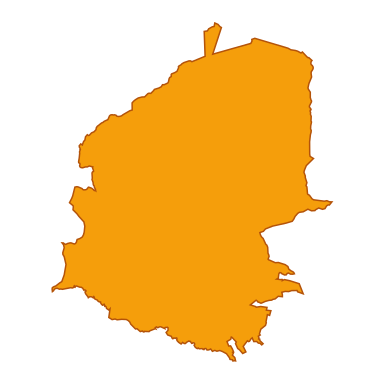 outline of Acajete, Veracruz, Mexico
{"feature_id": "50627088B80053246551902", "entity_name": "Acajete", "entity_type": "district", "adm_level": 2, "iso_a3": "MEX", "parent_name": "Mexico", "parent_adm1": "Veracruz", "projection": "robinson", "projection_center": [-97.045, 19.566], "detail": "fine", "context": "isolated", "style": "filled", "palette": "amber", "viewbox_px": 384, "rotation_deg": 0, "n_neighbors": 0, "source": "geoboundaries", "source_scale": "gbopen_adm2", "svg_char_len": 5898}
<svg xmlns="http://www.w3.org/2000/svg" viewBox="0 0 384 384"><path d="M297.7,51.2L295.4,50.5L290.9,49.8L288.0,48.2L254.8,38.3L251.8,39.4L252.0,41.1L250.8,43.4L212.7,54.2L221.4,27.5L220.0,26.7L218.0,24.4L214.8,23.0L214.1,26.5L212.3,26.8L208.7,28.8L207.4,30.9L204.2,31.4L205.1,56.3L191.9,61.7L190.6,60.9L188.9,60.9L183.9,62.6L181.9,63.8L181.0,64.8L178.9,66.0L178.4,66.7L178.6,67.7L177.0,71.3L174.8,72.6L171.6,73.9L171.2,74.5L171.2,76.6L169.7,77.5L169.1,78.7L168.4,82.0L167.8,83.0L164.2,84.7L162.5,84.7L161.3,86.7L158.9,88.0L154.4,89.4L153.6,90.6L150.8,93.4L149.0,93.2L147.9,93.6L144.6,96.9L141.9,97.0L138.2,98.0L135.3,99.8L133.6,101.2L132.1,102.9L132.2,110.0L129.9,110.7L123.0,114.7L121.6,115.8L120.0,116.3L118.5,116.5L116.8,116.2L116.0,115.2L114.4,114.8L113.2,115.0L112.1,114.7L110.5,115.0L109.5,115.9L107.9,119.6L104.2,121.3L103.1,122.3L101.5,123.0L97.2,126.4L96.3,127.8L96.0,129.7L94.0,131.8L91.5,132.9L89.3,135.3L88.4,135.5L87.3,134.7L85.5,136.8L84.9,140.0L83.6,141.5L82.3,145.0L80.8,143.9L79.2,145.8L79.4,147.3L79.8,147.8L80.2,148.8L80.0,149.5L80.3,149.6L79.5,151.9L79.7,153.1L79.2,158.1L78.6,161.6L78.7,162.7L79.8,163.4L80.0,164.3L79.6,165.8L80.0,166.9L81.0,167.6L82.7,167.8L85.5,166.9L87.4,166.9L89.2,166.0L92.8,166.9L92.5,167.7L93.5,170.6L93.5,171.5L92.5,171.9L92.0,173.0L92.3,178.2L92.0,179.5L93.1,182.5L93.2,184.1L93.6,185.4L94.1,185.8L94.5,187.6L95.4,189.1L95.7,190.8L95.0,190.3L94.6,190.6L94.0,190.4L93.8,189.9L91.6,188.2L89.1,187.3L88.4,187.2L86.8,189.2L85.9,189.7L83.9,189.9L82.8,189.5L82.1,188.6L78.4,187.0L76.9,186.7L74.9,187.1L72.7,195.9L71.7,198.4L69.5,202.7L73.1,205.7L73.3,206.9L73.0,209.8L76.9,213.7L79.0,216.5L83.9,221.9L84.8,226.2L84.2,232.2L83.4,235.0L82.2,237.1L79.9,238.5L77.1,239.5L76.3,242.4L75.3,243.6L74.3,244.0L71.1,242.9L70.0,242.9L67.5,243.5L65.8,244.4L64.3,243.8L63.5,243.0L62.1,242.9L63.6,244.9L64.2,247.8L62.8,252.7L62.9,254.4L64.2,256.7L66.0,264.5L64.2,274.9L61.8,281.6L59.7,282.9L55.6,286.1L54.2,286.5L52.4,287.6L52.1,288.9L52.4,291.6L53.5,290.8L54.2,289.6L55.4,288.5L57.3,288.3L59.4,289.2L60.9,289.0L62.4,289.3L70.7,287.7L72.3,288.0L74.1,287.3L73.9,286.3L74.3,285.8L75.2,287.0L75.7,286.2L76.5,286.0L79.9,287.2L81.2,287.2L82.7,288.2L83.9,290.2L84.7,289.9L85.9,290.5L86.0,291.1L85.0,292.0L85.6,293.7L88.0,296.9L88.3,297.7L89.7,296.7L91.6,296.8L93.0,297.7L93.8,296.6L94.3,297.4L94.3,298.4L94.9,299.0L97.5,300.2L97.7,300.8L98.8,301.7L100.5,302.0L100.4,302.5L101.5,304.3L102.0,304.5L102.4,305.2L103.6,304.9L104.1,304.2L104.3,304.4L104.8,306.3L105.3,306.1L106.2,307.0L106.5,308.4L108.9,310.1L110.0,308.9L108.8,317.5L112.1,319.6L115.1,319.0L117.1,319.8L121.7,319.3L126.3,319.5L128.3,320.6L129.8,322.1L130.7,324.1L135.5,329.0L137.0,328.7L140.3,331.6L142.3,331.0L143.2,331.8L143.9,332.0L144.2,331.4L149.1,331.6L149.9,330.8L155.3,328.7L155.8,328.9L155.2,327.7L156.4,326.9L157.8,327.7L159.6,326.8L160.8,326.8L164.8,328.6L164.6,328.1L165.1,327.5L167.6,327.3L168.0,327.7L168.1,330.2L166.1,332.5L167.7,335.0L171.3,336.3L172.2,338.3L172.9,338.8L173.9,338.0L175.3,338.3L176.2,337.9L176.8,338.1L177.0,339.2L176.7,339.6L177.1,340.7L178.7,342.4L181.1,344.0L182.7,342.4L184.2,343.5L185.4,343.5L186.9,342.1L188.9,341.0L189.4,341.4L190.3,341.4L191.7,343.4L192.3,343.3L192.8,342.8L193.8,342.8L194.5,343.4L194.7,344.3L194.1,345.3L195.3,347.3L196.8,348.4L197.5,348.6L198.2,348.0L199.2,348.8L202.2,348.6L203.2,349.5L204.1,349.5L204.2,348.7L205.9,348.5L207.0,350.0L208.8,349.9L210.7,349.0L212.4,351.3L214.8,350.4L216.9,351.2L219.8,350.5L222.4,351.5L226.5,353.7L229.4,357.7L230.0,359.4L232.4,359.8L232.9,361.0L234.3,360.7L235.6,360.9L234.8,357.6L232.4,355.2L233.4,353.0L232.7,352.3L233.6,352.0L232.4,349.0L230.6,345.9L228.7,346.0L227.0,341.5L230.7,339.3L231.3,337.1L232.1,337.5L236.3,342.0L235.5,343.5L237.7,348.5L239.6,349.9L242.7,353.5L245.9,351.9L243.2,346.4L247.4,340.8L248.6,341.6L249.5,341.3L250.8,339.1L252.2,337.9L253.8,341.6L256.7,341.5L258.3,343.1L259.9,343.2L261.7,344.9L263.1,343.7L259.9,340.6L259.7,339.1L258.6,339.0L258.9,337.6L258.3,336.2L260.2,335.0L259.4,334.0L260.8,329.2L265.5,325.4L266.3,322.7L266.0,321.9L267.4,314.6L269.6,315.4L270.9,310.7L266.4,310.2L267.0,307.4L260.7,306.5L256.2,307.2L255.7,306.6L250.3,304.9L256.1,300.2L257.5,301.3L258.1,302.2L258.9,302.2L260.5,303.1L261.5,303.1L265.3,301.4L269.0,300.4L271.8,300.1L272.8,299.4L275.2,298.9L278.2,296.3L282.4,296.7L282.4,294.7L281.8,292.3L285.2,291.4L288.7,291.6L291.6,290.6L297.1,290.5L297.6,291.8L303.2,293.8L299.2,283.7L289.7,280.7L284.4,279.6L282.3,280.6L282.4,279.7L282.1,279.4L280.6,279.6L276.7,279.1L278.3,278.1L278.8,273.9L279.6,272.6L280.9,272.7L281.5,273.5L284.6,275.0L286.3,274.8L287.1,273.5L288.5,273.0L290.4,274.1L292.7,274.2L294.4,273.8L293.8,272.5L292.7,271.6L291.3,271.0L288.8,269.1L287.9,266.5L285.1,264.6L278.4,262.5L275.3,262.7L268.5,259.7L268.1,259.2L269.1,256.3L268.7,254.7L268.0,253.3L267.7,247.3L266.8,245.1L265.8,244.3L263.1,238.4L261.7,237.1L260.6,235.3L259.8,232.6L263.4,231.3L265.5,228.9L272.6,226.1L286.1,223.1L292.2,221.3L293.7,219.3L295.1,216.4L297.7,213.4L299.4,212.3L303.2,211.8L307.9,209.2L311.5,210.8L314.9,210.6L315.7,209.7L318.7,208.0L322.5,209.3L325.0,208.6L326.6,205.9L328.2,204.9L329.4,205.0L331.9,201.9L329.4,201.8L326.9,200.7L324.4,201.2L313.6,199.8L312.0,198.8L309.5,195.3L307.7,194.2L307.5,193.7L306.9,186.9L306.0,185.7L306.9,182.7L305.3,177.6L305.3,176.0L303.9,172.2L304.5,170.0L306.3,165.6L313.5,158.5L310.1,156.4L309.7,154.3L309.6,141.8L310.4,134.7L311.1,132.1L311.2,130.3L310.6,129.0L310.7,125.9L311.5,122.0L311.0,121.0L311.2,116.3L310.4,114.2L310.6,112.5L310.1,111.3L310.2,110.2L310.9,109.9L311.0,109.2L309.4,107.0L309.4,106.0L311.5,101.8L311.5,100.8L311.0,100.0L310.3,97.6L310.3,92.2L308.2,88.9L308.0,87.7L308.9,83.6L311.6,77.0L311.1,73.5L311.2,71.9L312.8,69.4L313.2,68.1L313.1,67.0L312.4,65.7L311.2,64.5L310.8,63.3L311.2,61.5L312.0,60.5L308.8,57.6L308.1,57.7L307.0,56.9L302.4,52.0L301.0,53.0L297.7,51.2Z" fill="#f59e0b" stroke="#b45309" stroke-width="1.5"/></svg>